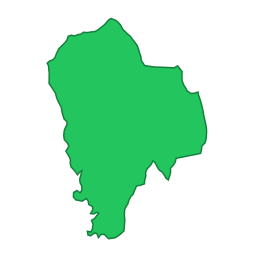 outline of Serra Azul, São Paulo, Brazil, rotated 178°
{"feature_id": "56859067B84170485287144", "entity_name": "Serra Azul", "entity_type": "district", "adm_level": 2, "iso_a3": "BRA", "parent_name": "Brazil", "parent_adm1": "São Paulo", "projection": "equal_earth", "projection_center": [-47.543, -21.307], "detail": "fine", "context": "isolated", "style": "filled", "palette": "green", "viewbox_px": 256, "rotation_deg": 178, "n_neighbors": 0, "source": "geoboundaries", "source_scale": "gbopen_adm2", "svg_char_len": 2183}
<svg xmlns="http://www.w3.org/2000/svg" viewBox="0 0 256 256"><g transform="rotate(178 128 128)"><path d="M151.2,18.0L148.2,18.4L144.7,18.7L141.6,20.6L139.0,22.4L135.6,25.4L135.0,31.2L134.4,35.6L134.7,40.9L134.2,46.6L132.5,49.8L130.9,52.0L129.6,55.8L127.6,59.4L125.4,61.3L123.9,64.7L121.5,69.8L118.0,70.2L113.5,71.6L113.1,75.6L111.9,79.1L112.0,82.8L110.6,86.1L108.8,88.0L106.2,90.7L104.2,94.3L102.3,92.7L100.1,88.0L98.1,84.7L95.3,82.7L93.2,79.4L91.6,76.3L89.5,74.7L88.2,78.3L87.0,81.9L86.9,86.4L84.0,89.3L82.0,92.2L81.0,96.0L56.4,100.1L55.5,102.9L54.7,107.5L51.5,110.5L50.4,113.9L50.0,117.0L49.7,120.3L49.5,123.6L50.1,128.5L51.1,134.0L51.9,137.9L52.2,141.1L53.1,146.1L54.2,151.0L55.2,154.9L56.4,158.4L56.8,161.5L60.2,160.5L63.8,160.3L67.6,163.0L69.2,166.4L70.9,169.2L72.3,173.4L72.3,177.9L72.0,182.5L74.1,185.5L76.2,188.4L80.0,186.4L82.7,186.8L99.8,188.1L109.2,189.8L112.4,195.1L112.7,199.4L113.7,202.1L114.6,205.9L116.0,210.2L118.4,213.8L120.2,216.2L122.7,219.8L125.3,222.1L127.2,224.2L129.5,226.4L132.1,231.5L134.3,234.1L136.4,235.9L138.8,237.1L141.2,238.0L143.4,236.8L145.1,235.0L147.5,232.4L150.1,230.3L153.0,228.3L155.1,226.8L157.5,225.6L161.1,225.3L165.3,224.8L169.2,225.2L171.8,223.4L174.7,223.1L178.1,221.9L181.6,222.7L184.5,221.8L186.1,217.8L188.2,215.3L190.8,212.9L194.4,209.6L196.9,204.8L198.6,200.8L201.0,198.6L203.9,197.8L206.5,195.6L205.3,193.1L205.1,189.1L204.8,186.1L205.3,175.1L203.1,171.7L200.7,167.8L199.2,165.1L198.3,160.9L197.2,157.8L196.0,155.2L194.0,151.2L193.3,145.8L191.6,139.3L188.8,136.4L188.9,133.4L190.8,130.1L191.9,127.2L192.5,122.3L192.0,118.6L189.1,115.1L187.7,112.0L189.1,109.7L190.9,107.1L187.9,101.6L186.7,98.6L186.9,93.8L186.1,90.9L183.8,88.3L181.9,85.9L180.1,83.0L177.9,85.6L175.6,87.0L176.9,82.2L178.0,78.7L177.8,75.0L176.3,71.7L176.2,67.6L178.1,64.9L181.2,67.3L184.6,65.5L185.0,61.0L182.5,57.9L179.7,57.3L176.3,56.5L172.1,59.0L170.3,56.3L169.9,52.9L166.2,50.7L166.0,47.6L168.4,43.8L165.2,43.3L162.4,44.8L160.3,43.8L162.8,41.0L164.6,38.6L167.7,37.0L166.2,32.9L167.2,28.1L168.6,25.5L172.2,26.2L171.7,22.4L169.2,21.6L164.8,24.4L162.7,23.4L161.4,19.5L158.5,22.7L155.2,22.3L151.2,18.0Z" fill="#22c55e" stroke="#15803d" stroke-width="1.5"/></g></svg>